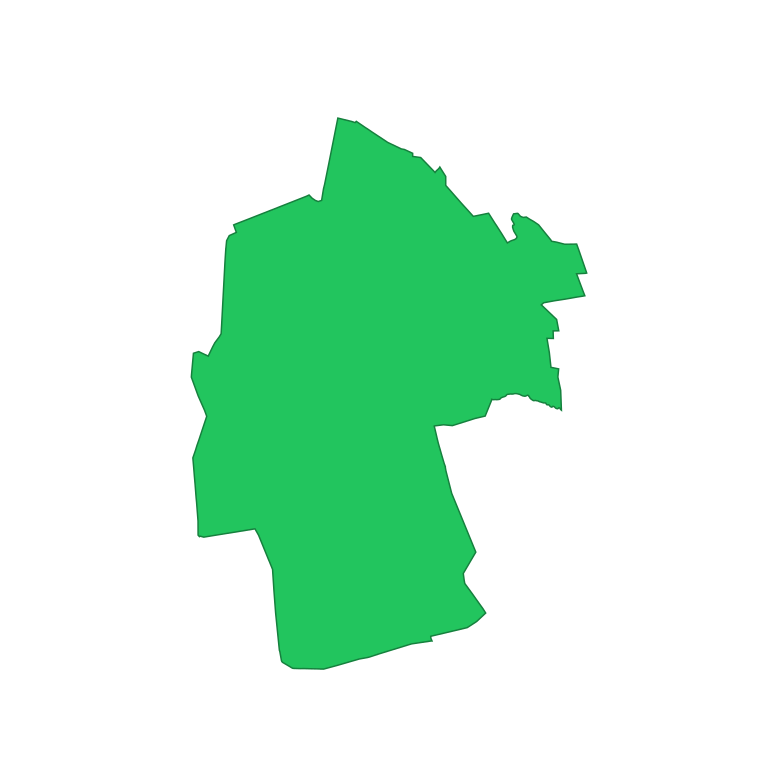 Preiļi, Preilu, Latvia (Natural Earth projection), rotated 239°
{"feature_id": "27541924B35723190780065", "entity_name": "Preiļi", "entity_type": "district", "adm_level": 2, "iso_a3": "LVA", "parent_name": "Latvia", "parent_adm1": "Preilu", "projection": "natural_earth1", "projection_center": [26.72, 56.291], "detail": "fine", "context": "isolated", "style": "filled", "palette": "green", "viewbox_px": 768, "rotation_deg": 239, "n_neighbors": 0, "source": "geoboundaries", "source_scale": "gbopen_adm2", "svg_char_len": 4107}
<svg xmlns="http://www.w3.org/2000/svg" viewBox="0 0 768 768"><g transform="rotate(239 384 384)"><path d="M348.2,147.2L348.2,148.1L345.6,150.6L345.5,150.8L341.2,161.6L326.3,198.8L318.9,198.6L297.5,195.3L292.4,194.5L291.4,194.4L282.5,193.0L262.7,182.8L243.6,173.2L209.7,157.2L208.3,156.9L199.9,153.7L199.5,153.6L199.2,153.6L198.5,153.5L198.1,153.6L197.8,153.7L197.4,153.8L197.1,154.0L189.9,157.9L188.3,158.7L187.6,159.2L187.4,159.3L187.2,159.5L186.9,159.9L186.8,160.0L183.0,165.9L181.4,168.7L179.9,171.0L179.5,171.7L178.5,173.2L176.3,176.7L173.1,181.8L172.5,182.6L172.2,183.1L170.9,185.2L170.8,185.3L170.7,185.5L166.9,198.9L161.0,221.2L158.0,229.1L157.4,231.2L155.3,240.4L148.0,270.0L147.0,273.9L139.5,291.9L139.0,292.8L141.9,293.2L143.7,294.1L132.3,329.9L132.7,341.1L135.3,353.2L140.0,353.1L140.4,353.1L146.3,352.6L151.3,352.2L158.1,351.7L171.4,350.5L173.0,351.1L174.6,351.7L180.8,354.4L192.6,376.1L255.4,385.7L271.1,390.4L277.8,392.4L281.1,393.7L281.5,394.0L282.0,394.1L284.7,394.6L289.7,395.9L294.3,397.1L299.8,398.6L301.4,399.0L306.1,400.3L307.3,400.7L309.0,401.2L316.1,403.5L322.1,405.4L322.1,405.6L318.4,414.0L313.1,421.2L307.6,444.2L304.4,454.2L314.7,467.9L314.8,468.1L315.4,468.4L315.1,468.7L314.2,469.7L313.3,471.5L312.6,472.4L311.9,473.8L311.4,475.0L311.3,475.5L311.7,476.7L311.8,477.7L311.6,478.9L311.1,481.0L311.0,482.1L311.4,483.2L311.6,483.8L311.6,484.1L311.4,484.8L310.2,487.5L309.5,488.4L308.9,489.6L308.5,491.0L307.4,492.8L306.1,494.1L305.1,495.1L304.1,495.6L302.5,496.7L301.2,498.1L300.7,499.1L300.6,500.1L300.5,500.5L300.5,501.1L300.3,501.5L299.8,501.8L299.6,502.0L298.8,501.8L298.2,502.0L296.7,501.9L295.3,502.3L295.1,502.3L294.0,502.9L293.1,503.3L292.5,503.9L292.0,505.2L290.7,506.6L290.3,507.2L288.8,508.1L287.7,509.2L287.1,509.7L286.3,510.4L285.4,511.3L284.9,512.3L284.4,512.8L282.6,512.8L282.0,513.3L281.7,514.0L281.4,514.5L278.9,515.0L277.8,515.8L277.7,516.6L277.9,517.3L277.3,517.8L276.8,518.3L275.7,518.5L274.9,518.7L273.9,519.4L273.4,520.0L273.3,520.7L273.6,521.4L273.5,521.8L273.0,522.1L272.5,522.3L271.3,522.2L270.2,522.6L287.6,532.2L300.4,536.6L307.0,541.5L312.3,535.7L326.0,542.0L339.2,547.2L335.8,552.6L342.4,556.3L339.6,561.2L350.4,565.2L360.6,562.4L370.8,559.6L371.4,562.7L367.5,573.1L365.4,578.2L363.4,583.1L361.5,588.0L359.1,594.3L357.0,599.4L356.2,601.6L360.9,602.4L378.2,605.6L379.3,605.8L377.7,608.8L375.0,613.9L374.7,614.9L376.5,615.3L399.1,620.1L401.2,620.5L404.7,621.2L410.7,610.9L416.6,605.1L419.6,601.7L420.1,601.1L421.5,601.2L431.2,599.8L440.8,598.5L446.0,596.1L446.4,595.9L450.3,593.7L453.8,592.0L454.5,590.5L454.9,589.4L456.1,588.3L457.5,587.3L460.4,586.8L461.2,586.6L461.6,586.2L461.9,585.5L463.1,582.7L462.6,581.9L461.0,579.6L460.1,578.6L459.8,578.3L459.1,578.1L455.1,578.0L453.7,577.8L453.4,577.4L453.4,576.8L453.7,576.3L453.4,575.8L452.2,575.0L450.0,574.4L448.0,574.0L445.0,574.0L442.3,574.0L441.5,573.7L440.9,572.8L440.5,571.5L440.6,569.9L440.7,569.5L441.2,567.2L441.4,565.8L441.4,564.1L441.4,562.4L442.1,562.4L452.2,562.3L462.6,562.0L463.5,561.9L476.5,561.6L480.3,550.8L481.7,546.9L499.4,543.4L522.4,539.2L530.1,543.8L539.7,543.6L541.2,543.6L541.0,543.2L540.7,542.6L540.6,542.2L540.4,541.7L540.3,541.3L540.2,540.8L540.1,540.4L540.0,539.8L539.9,539.1L539.8,538.7L539.7,538.4L539.6,538.1L539.4,537.7L539.0,536.7L541.4,536.2L559.2,532.1L561.8,528.9L564.3,525.8L567.0,527.4L574.5,522.3L576.6,519.9L589.2,511.6L606.2,503.5L611.0,501.3L613.6,500.0L623.4,495.5L622.9,493.9L625.7,491.5L635.7,481.4L603.0,451.7L585.8,436.0L582.5,432.7L573.5,425.1L574.3,421.6L576.7,419.7L580.2,418.1L584.6,417.1L584.9,414.1L589.1,389.0L595.2,352.6L597.6,338.7L597.8,337.1L590.0,335.5L590.9,327.8L587.9,322.9L582.2,318.7L581.6,318.2L570.9,310.8L537.9,288.5L518.2,275.2L511.0,270.3L509.3,267.2L506.5,260.3L504.1,256.3L498.7,248.1L498.4,247.7L504.4,243.7L507.2,241.9L508.5,236.5L491.4,224.0L489.1,222.4L469.6,218.6L453.7,216.6L447.6,215.4L435.4,201.2L431.7,196.9L427.8,192.2L424.3,188.3L419.1,182.1L417.7,181.4L408.5,176.9L402.9,174.1L395.7,170.6L383.3,164.4L379.3,162.5L364.5,155.1L362.3,154.0L350.2,146.8L348.2,147.2Z" fill="#22c55e" stroke="#15803d" stroke-width="1.5"/></g></svg>